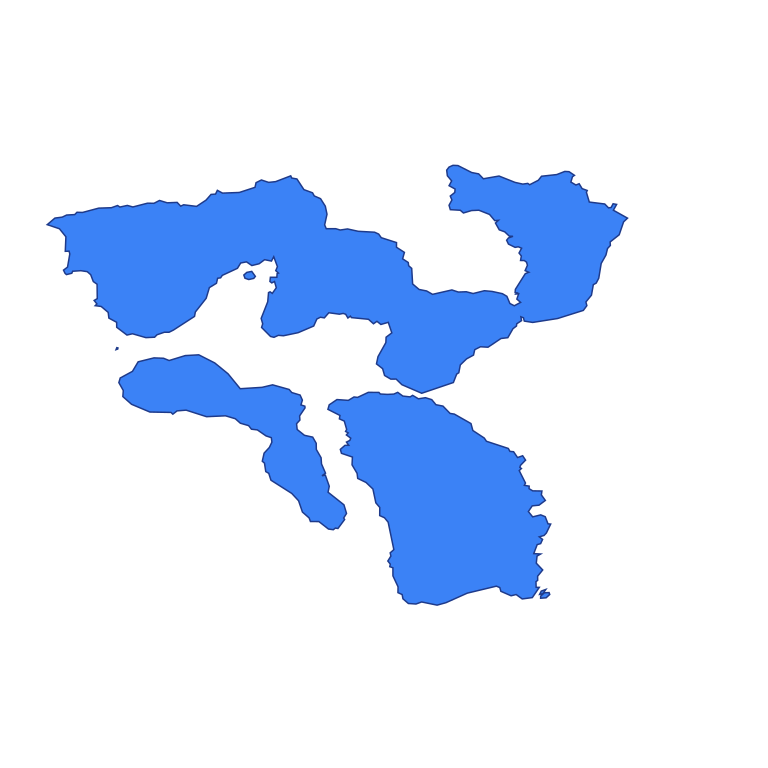 the district of Flores Timur, Nusa Tenggara Timur, Indonesia, rotated 74°
{"feature_id": "22746128B68993103553012", "entity_name": "Flores Timur", "entity_type": "district", "adm_level": 2, "iso_a3": "IDN", "parent_name": "Indonesia", "parent_adm1": "Nusa Tenggara Timur", "projection": "equal_earth", "projection_center": [122.946, -8.35], "detail": "fine", "context": "isolated", "style": "filled", "palette": "blue", "viewbox_px": 768, "rotation_deg": 74, "n_neighbors": 0, "source": "geoboundaries", "source_scale": "gbopen_adm2", "svg_char_len": 6176}
<svg xmlns="http://www.w3.org/2000/svg" viewBox="0 0 768 768"><g transform="rotate(74 384 384)"><path d="M138.0,663.8L145.3,653.2L154.8,649.2L168.6,653.8L169.5,650.1L172.4,650.2L184.4,656.0L186.2,660.7L189.7,660.1L191.3,659.1L191.5,653.6L189.8,652.2L191.5,644.2L194.2,638.3L198.1,635.8L205.4,635.2L209.0,632.3L222.9,636.1L223.8,639.6L227.9,637.9L229.1,640.0L231.5,634.5L239.1,629.4L244.8,630.3L251.0,624.0L255.8,625.3L266.1,617.6L266.4,611.9L273.8,600.1L275.8,591.6L274.1,588.6L273.7,580.8L275.0,576.3L274.1,571.5L266.8,547.5L262.8,545.5L252.6,531.3L243.2,525.3L241.0,517.3L236.5,514.8L236.9,511.8L235.0,509.5L232.4,493.0L228.2,488.4L228.7,482.5L233.7,478.4L234.0,470.9L231.6,464.5L234.8,458.3L231.3,454.9L241.8,454.1L245.2,456.8L248.3,454.9L248.4,456.3L251.9,457.6L250.1,463.8L254.0,465.4L255.9,464.0L255.3,461.0L261.8,461.0L266.1,466.4L264.0,468.1L264.3,469.8L272.9,473.1L287.1,484.0L292.7,484.0L295.9,486.1L307.0,480.0L308.8,476.9L308.1,472.1L309.9,467.4L311.0,452.4L308.9,435.6L303.0,430.6L302.3,426.7L304.0,423.1L300.3,417.4L304.6,407.6L304.9,403.8L306.4,401.6L310.6,400.5L309.5,397.6L311.2,397.0L317.5,381.1L323.2,377.5L321.8,373.5L325.9,370.6L325.9,362.9L337.0,362.4L339.6,369.1L344.7,370.8L356.0,382.2L362.6,385.7L368.9,381.1L376.0,381.1L381.2,376.1L382.6,371.0L389.6,367.0L403.3,350.3L401.7,316.9L394.5,311.4L393.8,309.0L386.7,305.4L382.6,297.7L380.9,290.0L376.0,287.3L374.8,281.0L377.3,273.9L372.5,259.0L373.6,252.2L366.4,244.8L364.8,240.7L362.7,239.8L361.0,234.3L357.1,233.9L358.8,231.7L362.2,231.8L365.8,224.1L368.9,199.1L368.2,172.1L364.6,167.4L360.8,167.3L355.8,160.1L346.2,155.4L345.5,152.2L341.5,148.4L328.0,142.0L321.2,135.1L315.4,131.8L313.2,128.2L309.8,127.5L305.4,116.8L294.2,109.0L291.7,104.2L280.2,115.6L275.5,110.9L273.9,114.1L276.9,117.0L276.6,119.6L271.8,122.2L265.7,136.5L255.5,136.6L254.0,135.3L250.8,139.7L245.3,141.2L245.6,144.7L241.4,148.7L236.7,145.7L235.9,143.4L230.9,147.6L229.5,151.6L230.3,160.2L227.7,175.3L230.7,179.5L232.6,189.1L230.8,190.5L230.1,195.5L226.3,202.5L215.8,216.1L214.1,231.9L208.1,235.1L204.9,241.4L194.4,252.7L192.8,257.4L193.4,261.7L195.7,264.8L201.3,265.7L207.4,263.0L211.3,266.8L216.2,261.9L219.4,263.2L221.6,268.5L225.8,268.0L230.1,272.2L234.7,272.2L238.0,262.8L241.5,260.5L241.4,252.0L243.1,244.9L250.1,235.8L257.5,232.5L258.2,228.9L260.0,232.5L267.6,230.7L271.0,226.0L276.4,222.8L277.6,219.3L277.9,224.1L279.6,226.5L283.8,225.8L288.8,220.3L289.1,217.1L291.4,214.3L295.3,218.1L298.8,216.7L302.9,218.7L304.0,215.1L306.2,213.4L309.4,213.4L313.9,217.1L316.5,214.0L316.9,217.8L329.2,231.6L332.3,232.8L333.1,230.9L333.9,232.3L334.4,229.7L339.0,232.9L343.2,230.2L344.7,237.2L341.3,240.8L333.6,241.7L329.8,245.3L324.8,254.6L322.0,261.8L321.6,273.4L318.0,279.5L316.1,287.2L312.3,292.8L311.2,312.6L306.3,317.4L302.8,324.2L295.7,328.9L280.5,325.5L277.1,327.7L273.9,327.2L268.8,331.6L263.1,328.1L256.0,334.3L251.5,333.0L242.6,346.3L238.4,347.8L235.5,351.2L230.1,366.7L224.9,376.3L223.9,383.7L221.4,387.6L218.8,396.7L214.7,397.2L205.1,392.0L196.9,391.4L188.4,393.9L184.0,399.2L180.5,400.0L175.1,407.4L162.9,411.2L160.6,415.9L158.2,416.3L159.6,432.4L158.4,439.3L154.1,445.6L155.2,451.5L159.4,453.8L160.0,470.3L156.0,486.6L151.9,490.8L155.0,493.6L154.1,498.0L158.2,504.4L161.6,515.2L156.5,527.2L157.0,530.4L152.4,532.8L150.1,542.4L145.7,549.2L146.9,555.3L145.0,561.5L144.6,576.6L141.6,581.5L141.1,589.1L139.0,590.9L139.4,597.5L136.3,609.8L136.0,626.5L134.3,631.8L135.9,634.6L134.1,642.5L134.9,647.3L133.8,654.6L138.0,663.8ZM543.2,268.4L540.4,261.0L534.0,263.3L530.4,261.7L527.7,270.5L524.6,273.4L522.2,272.6L520.1,277.0L518.2,275.3L504.5,277.9L503.1,275.2L501.6,276.4L499.8,275.2L496.2,268.9L491.2,270.5L491.5,275.9L484.8,278.1L483.5,281.5L480.2,282.3L467.3,301.3L463.6,302.5L453.2,311.4L446.0,311.3L432.3,324.7L430.5,328.6L421.5,333.4L418.2,339.8L412.2,342.4L408.6,347.9L407.7,355.0L402.8,359.6L403.6,362.4L400.8,369.2L395.8,373.1L396.4,377.4L394.9,383.7L392.6,390.3L390.7,391.2L387.7,401.4L389.6,413.1L388.2,416.4L389.9,422.8L386.0,433.5L388.9,442.4L392.9,444.9L402.1,435.0L405.2,436.5L408.7,432.4L417.4,432.4L419.0,434.0L421.1,431.9L422.6,434.2L426.9,430.9L428.8,432.4L429.5,436.1L433.2,434.8L432.2,438.4L434.8,444.0L438.9,444.0L445.5,434.5L452.9,437.0L462.5,434.5L467.5,435.3L473.7,428.4L481.9,423.6L496.0,424.6L501.5,422.1L509.3,424.4L512.7,420.4L518.0,418.1L545.9,420.2L548.0,424.6L551.3,424.8L555.2,429.1L558.9,427.6L561.2,428.8L563.1,426.1L570.9,428.3L582.8,426.4L588.4,428.1L591.4,424.6L595.7,425.0L601.7,421.1L604.3,413.9L603.9,407.9L611.2,393.9L611.3,384.7L608.0,361.6L609.3,331.7L611.6,328.8L615.5,328.8L622.6,320.2L622.8,315.0L628.7,310.4L630.2,300.3L622.3,290.8L621.4,293.8L615.9,292.4L615.1,290.4L611.1,289.3L606.5,282.7L598.2,287.0L591.6,284.3L590.6,280.3L588.3,286.8L580.6,281.0L580.6,277.4L577.1,274.4L573.7,276.9L573.7,271.9L572.0,269.0L564.6,262.4L563.6,264.9L556.0,265.6L553.0,269.4L552.7,277.7L546.4,280.4L542.0,275.1L543.2,268.4ZM498.1,455.7L489.1,455.8L472.6,467.6L467.2,464.8L455.5,465.5L455.1,468.9L453.6,464.8L443.6,466.1L437.5,464.8L428.3,467.1L422.3,465.5L415.4,467.2L411.4,474.6L403.8,480.0L398.1,479.0L395.5,474.8L391.4,473.9L385.2,466.5L383.5,466.2L381.2,469.6L377.0,466.9L371.5,467.7L366.8,475.0L363.1,476.7L354.1,491.3L353.6,502.1L348.9,523.5L331.2,531.1L317.1,540.9L304.9,554.0L301.9,567.2L302.2,584.1L298.5,588.8L295.5,597.9L294.9,614.2L302.5,622.3L305.5,635.9L309.6,638.5L318.4,636.4L324.1,638.5L333.9,632.3L346.4,616.8L352.6,596.6L354.8,595.3L352.8,590.3L354.6,581.4L366.5,563.6L370.9,545.1L376.4,536.5L382.1,532.9L386.7,525.6L390.9,523.9L393.2,518.4L401.4,511.7L404.5,507.1L409.0,507.8L413.4,511.7L417.4,518.3L424.7,522.3L427.1,520.7L435.6,521.8L438.1,519.4L445.3,519.2L463.8,502.8L472.7,498.3L484.6,497.7L492.1,492.9L495.9,492.6L498.3,484.5L508.1,477.4L510.1,472.9L509.1,470.5L510.2,468.1L503.4,459.2L501.7,459.7L498.1,455.7ZM245.1,478.0L239.3,480.1L238.9,485.1L240.6,488.7L244.0,488.5L246.3,485.2L246.6,480.1L245.1,478.0ZM633.1,292.5L634.2,287.1L632.0,282.7L630.0,282.8L628.9,287.4L631.1,291.9L633.1,292.5ZM629.1,292.4L629.3,289.0L626.1,285.1L626.4,289.9L629.1,292.4ZM277.1,632.1L277.0,630.3L276.0,629.8L275.4,630.8L277.1,632.1Z" fill="#3b82f6" stroke="#1e3a8a" stroke-width="1.5"/></g></svg>